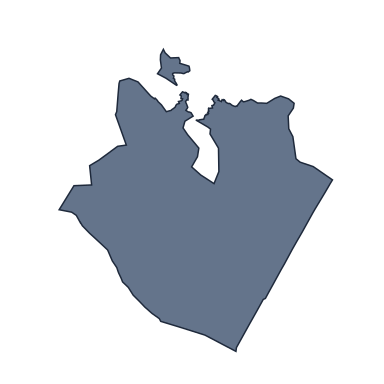 Odogbolu, Ogun, Nigeria, rotated 299°
{"feature_id": "59680162B50359341822283", "entity_name": "Odogbolu", "entity_type": "district", "adm_level": 2, "iso_a3": "NGA", "parent_name": "Nigeria", "parent_adm1": "Ogun", "projection": "robinson", "projection_center": [3.89, 6.792], "detail": "fine", "context": "isolated", "style": "filled", "palette": "slate", "viewbox_px": 384, "rotation_deg": 299, "n_neighbors": 0, "source": "geoboundaries", "source_scale": "gbopen_adm2", "svg_char_len": 4877}
<svg xmlns="http://www.w3.org/2000/svg" viewBox="0 0 384 384"><g transform="rotate(299 192 192)"><path d="M73.9,307.7L77.5,306.3L80.1,306.3L104.1,306.3L118.8,306.4L131.7,306.4L132.6,306.4L134.5,307.8L141.4,307.7L150.7,307.7L167.4,307.6L174.3,307.7L190.5,307.5L199.9,307.6L210.1,307.8L232.7,307.8L237.3,307.9L256.5,308.6L266.2,308.8L270.7,309.0L273.0,285.7L270.5,272.1L271.5,266.8L289.3,253.4L294.2,246.0L305.2,239.2L314.5,240.0L319.1,238.3L320.3,231.3L318.9,223.0L314.0,219.0L305.8,214.4L303.3,209.2L301.6,206.2L301.8,201.4L301.6,198.6L300.1,197.6L298.9,196.5L296.7,194.4L295.8,193.2L296.0,192.3L296.0,192.0L296.3,190.8L295.7,190.7L294.3,190.4L292.8,190.2L290.8,189.9L288.8,189.7L288.8,189.2L288.7,189.0L288.1,188.7L287.7,188.4L287.6,187.7L287.4,186.6L287.3,185.5L287.3,184.7L287.5,183.6L287.7,182.6L287.5,181.5L287.0,180.9L286.9,180.0L286.9,179.1L286.9,178.7L287.0,178.2L287.1,177.9L287.1,177.7L287.5,177.4L287.7,177.1L287.8,176.8L287.8,176.5L287.9,176.2L287.9,175.9L287.9,175.5L288.0,175.5L288.3,175.5L288.3,175.4L288.2,174.9L287.9,174.9L287.6,174.9L287.4,175.0L287.4,174.9L287.4,174.5L287.4,174.0L287.4,173.6L286.6,173.6L285.3,173.8L285.3,173.3L285.2,172.8L285.2,172.4L285.2,171.9L285.1,171.4L285.1,170.8L285.0,170.3L285.3,170.3L285.7,170.4L286.3,170.6L286.4,170.3L286.5,170.0L286.6,169.7L286.7,169.3L286.7,169.0L286.8,168.8L286.8,168.5L286.8,168.3L286.8,168.0L286.8,167.9L287.1,167.9L287.8,168.1L287.9,167.7L287.9,167.4L287.9,167.0L287.9,166.7L287.9,166.3L287.9,166.2L287.9,165.9L287.8,165.6L287.7,165.5L287.4,165.5L286.9,165.4L286.3,165.3L285.8,165.2L285.2,165.1L284.6,165.0L284.2,164.9L283.6,164.8L282.9,164.7L282.7,165.5L282.5,166.1L282.2,166.5L281.7,167.1L281.5,167.5L281.3,168.0L281.1,168.8L280.9,168.7L280.6,168.7L280.4,168.7L280.2,168.7L279.9,168.8L279.7,168.8L279.4,168.8L279.1,168.7L278.6,168.8L278.4,168.8L278.1,168.5L277.9,168.2L277.6,167.9L277.4,167.6L277.2,167.5L276.6,168.1L276.2,168.5L275.4,169.2L275.0,168.6L274.7,168.3L274.3,167.7L273.7,166.7L273.5,166.3L273.4,165.9L272.9,166.0L272.5,166.2L271.1,167.3L270.9,167.5L270.8,167.4L270.6,167.1L270.2,167.4L269.9,167.3L269.6,167.3L269.3,167.2L269.2,167.6L269.2,167.8L268.8,167.9L268.6,168.2L268.6,168.3L268.3,168.2L268.1,168.2L267.9,168.2L267.6,168.2L267.7,167.8L267.7,167.7L267.2,167.6L266.9,167.5L266.6,167.4L266.4,167.2L266.5,167.1L266.7,166.8L266.1,166.6L265.4,166.4L265.1,166.3L264.9,166.3L264.3,166.5L263.7,166.6L263.0,166.7L262.2,166.8L261.3,167.0L260.6,165.9L259.2,164.1L258.9,163.6L258.2,163.3L256.8,160.5L256.5,174.3L256.0,177.7L251.5,179.6L243.2,193.9L222.9,205.6L210.0,207.2L211.1,191.4L213.8,179.5L225.5,179.7L233.7,176.7L237.2,167.7L240.0,160.4L243.7,153.1L250.5,151.5L258.9,156.2L260.9,152.7L260.8,152.1L260.7,151.0L260.2,150.1L260.3,149.1L260.4,147.1L260.5,147.1L261.6,147.1L262.0,147.2L262.9,147.3L264.1,147.2L264.5,146.6L265.4,145.6L266.5,144.3L267.2,143.3L268.0,142.5L268.3,142.6L268.6,142.6L268.9,142.6L269.2,142.7L269.4,142.7L269.8,142.8L270.1,142.8L270.2,143.2L270.4,143.7L270.5,143.9L270.9,143.7L271.1,143.6L271.5,143.4L272.1,143.1L272.3,142.9L272.7,142.7L273.0,142.5L273.4,142.4L273.6,142.3L274.1,142.1L274.6,141.9L275.0,141.7L275.4,141.6L275.1,140.8L275.8,141.0L275.7,139.5L275.8,139.5L275.7,138.8L276.1,138.7L275.9,137.8L275.3,137.8L275.2,137.2L275.2,136.5L275.1,135.6L275.0,135.1L274.3,135.0L272.8,134.7L271.0,134.4L270.8,136.0L270.0,136.4L269.4,136.6L268.3,137.1L268.9,138.5L268.7,138.5L268.4,138.6L268.2,138.8L267.7,138.9L267.3,138.7L267.1,138.7L266.7,138.5L265.9,137.7L265.4,137.2L264.6,136.3L263.8,137.4L263.3,138.0L263.2,137.9L262.5,137.2L262.0,136.7L261.6,136.4L261.3,136.1L260.9,136.0L260.5,136.0L260.0,136.0L259.5,136.0L259.2,136.0L258.5,136.1L258.0,136.1L256.0,135.3L254.3,134.4L253.3,134.2L249.8,130.6L253.4,123.0L254.6,118.4L255.2,117.5L255.8,115.8L256.2,114.2L255.3,114.0L255.9,109.4L262.1,91.4L260.9,81.8L254.1,75.0L251.5,75.6L241.4,80.1L237.9,81.7L225.8,87.2L222.5,87.6L201.2,111.8L195.9,104.8L174.7,95.1L165.4,89.7L149.5,100.8L140.3,85.7L112.1,84.4L116.0,96.5L115.5,102.1L111.1,109.1L111.3,109.1L109.3,112.5L106.3,122.4L103.1,135.6L100.4,146.3L93.1,155.7L89.4,162.9L86.9,165.6L85.7,167.0L82.4,171.6L79.7,174.9L77.7,182.5L73.2,190.7L73.0,191.5L70.8,199.2L68.5,206.5L66.4,216.0L65.4,224.8L63.7,227.4L67.5,245.1L73.1,272.6L73.9,307.7ZM278.7,104.5L278.9,114.0L277.8,126.7L278.0,126.8L278.4,127.0L279.6,125.2L280.8,122.8L281.4,122.7L282.3,122.1L282.4,120.6L283.0,120.5L283.8,120.3L284.7,119.9L284.8,119.1L285.2,118.3L285.7,117.9L286.0,117.7L286.3,117.7L286.7,117.9L287.0,118.2L287.8,119.0L288.3,120.0L289.5,122.3L290.6,124.4L290.9,125.2L291.3,126.9L291.8,127.7L293.0,128.4L295.0,129.8L295.0,130.4L296.9,131.3L297.2,131.2L298.8,130.0L300.0,129.0L300.6,128.3L299.8,124.3L298.6,118.9L299.9,118.4L301.3,117.7L302.4,116.0L303.1,115.2L298.8,108.2L300.7,101.0L302.9,97.8L296.8,98.0L292.2,100.3L285.6,105.2L278.7,104.5Z" fill="#64748b" stroke="#1e293b" stroke-width="1.5"/></g></svg>